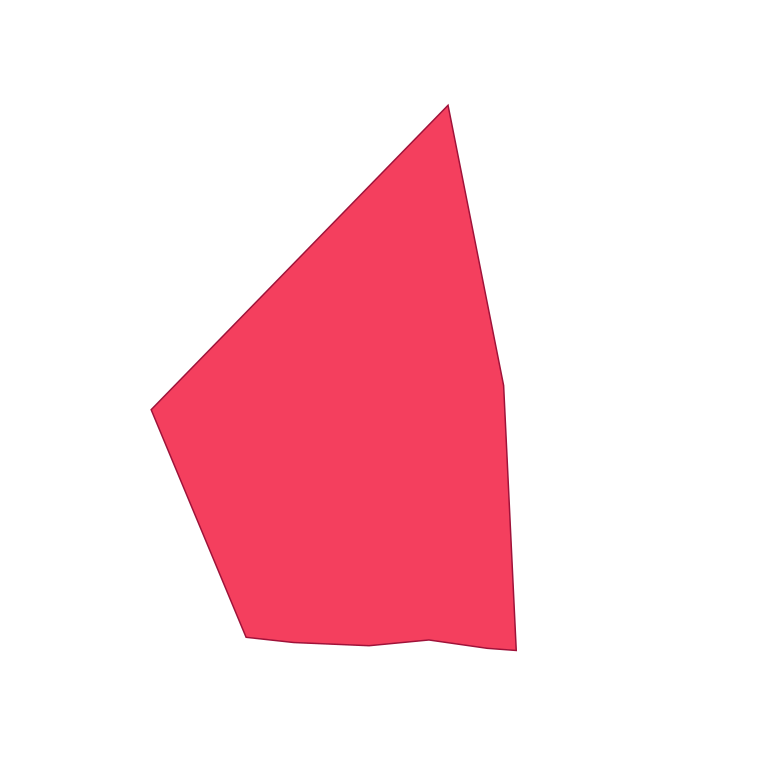 El Arish 2, Shamal Sina', Egypt (Equal Earth projection), rotated 199°
{"feature_id": "37247803B92931346383246", "entity_name": "El Arish 2", "entity_type": "district", "adm_level": 2, "iso_a3": "EGY", "parent_name": "Egypt", "parent_adm1": "Shamal Sina'", "projection": "equal_earth", "projection_center": [33.737, 31.084], "detail": "fine", "context": "isolated", "style": "filled", "palette": "rose", "viewbox_px": 768, "rotation_deg": 199, "n_neighbors": 0, "source": "geoboundaries", "source_scale": "gbopen_adm2", "svg_char_len": 289}
<svg xmlns="http://www.w3.org/2000/svg" viewBox="0 0 768 768"><g transform="rotate(199 384 384)"><path d="M431.9,99.6L385.1,110.2L312.9,131.7L258.2,156.6L200.3,167.7L172.2,175.1L270.4,421.5L414.2,668.4L595.8,283.9L431.9,99.6Z" fill="#f43f5e" stroke="#9f1239" stroke-width="1.5"/></g></svg>